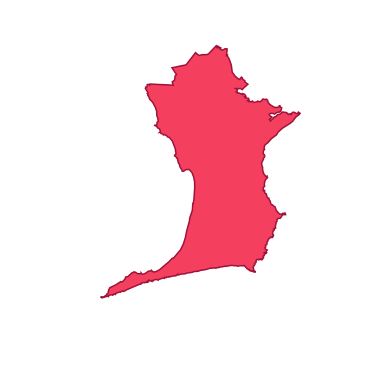 Mornington Peninsula, Victoria, Australia, rotated 304°
{"feature_id": "25037944B38646980032426", "entity_name": "Mornington Peninsula", "entity_type": "district", "adm_level": 2, "iso_a3": "AUS", "parent_name": "Australia", "parent_adm1": "Victoria", "projection": "albers", "projection_center": [144.952, -38.333], "detail": "fine", "context": "isolated", "style": "filled", "palette": "rose", "viewbox_px": 384, "rotation_deg": 304, "n_neighbors": 0, "source": "geoboundaries", "source_scale": "gbopen_adm2", "svg_char_len": 6091}
<svg xmlns="http://www.w3.org/2000/svg" viewBox="0 0 384 384"><g transform="rotate(304 192 192)"><path d="M309.5,117.0L294.1,116.0L283.8,105.9L280.7,113.4L278.8,113.1L275.0,115.0L272.2,114.0L270.0,116.6L258.0,96.8L257.2,97.2L257.0,96.0L256.1,94.8L254.1,95.9L253.0,94.9L252.4,95.5L251.7,95.5L249.8,99.8L249.0,100.3L248.7,100.0L248.5,100.7L247.2,101.4L247.2,102.4L245.2,105.1L244.7,107.9L244.0,110.0L241.2,115.1L240.6,115.5L239.6,117.2L235.7,120.1L233.9,122.6L232.0,124.2L230.9,124.5L230.3,124.0L229.1,124.9L227.7,125.1L227.1,124.9L226.8,123.7L227.0,123.5L226.3,123.8L226.8,126.3L226.0,127.2L226.0,130.1L224.7,131.7L223.9,132.0L223.2,131.8L223.7,132.5L223.2,133.5L223.7,135.4L223.3,136.3L224.1,136.7L224.1,137.6L224.6,139.0L224.0,141.1L224.5,142.4L224.4,143.4L223.2,147.3L218.6,153.8L215.3,156.9L214.5,157.5L213.0,157.0L212.2,157.4L212.1,159.8L211.6,160.3L211.5,161.2L208.6,164.3L207.6,166.5L206.7,167.2L205.7,168.8L204.5,171.6L203.8,172.1L204.3,173.3L207.2,174.5L209.1,177.1L208.1,181.0L205.5,184.8L202.2,188.2L197.3,191.7L186.8,197.8L183.5,199.3L183.1,199.0L176.8,202.6L169.1,204.7L166.5,206.1L156.7,209.4L151.1,211.8L144.1,213.9L137.7,214.8L128.1,213.8L126.6,213.4L126.1,212.7L121.3,211.9L109.6,208.6L106.0,206.8L104.4,205.2L104.0,203.7L104.5,202.1L102.8,201.4L102.2,200.2L98.6,198.9L96.5,197.4L95.9,196.4L96.5,195.0L96.1,195.2L94.9,194.3L93.8,192.5L93.9,190.0L93.4,189.6L93.4,188.5L92.0,188.1L91.2,187.3L86.2,186.2L84.3,184.5L82.8,185.2L79.1,184.6L78.1,183.9L78.0,183.1L72.1,180.6L66.8,177.4L64.1,177.7L60.9,179.1L60.1,178.5L58.6,178.6L55.5,177.4L54.4,175.3L53.8,175.4L53.8,176.0L54.0,176.7L58.5,180.3L58.6,181.2L59.4,180.8L60.3,181.3L62.0,183.0L62.1,183.9L62.6,183.8L63.1,184.4L63.7,184.2L64.2,185.0L64.3,185.8L65.8,185.7L68.6,188.0L68.9,188.7L70.4,189.1L71.4,191.0L71.9,190.8L72.8,191.9L73.7,192.1L80.2,196.2L86.1,200.1L87.1,201.2L88.3,200.9L88.7,201.7L89.6,202.1L90.3,203.6L92.1,204.5L91.8,205.1L92.3,205.7L93.1,205.0L93.7,205.3L93.6,205.7L94.7,205.4L95.0,205.8L94.5,206.3L94.8,207.1L95.6,207.8L95.5,208.8L96.2,208.7L96.6,209.5L97.1,209.2L99.5,211.2L100.0,213.3L101.1,213.5L103.0,215.0L104.5,216.2L104.9,217.3L106.2,217.0L106.6,218.1L106.4,218.4L108.2,219.4L108.4,220.3L109.3,220.6L109.3,221.1L112.5,223.9L112.7,224.8L113.3,224.9L114.1,225.9L115.8,226.1L115.3,226.6L116.0,227.6L117.1,228.0L120.6,232.3L122.0,233.1L125.2,236.8L127.3,238.3L129.7,241.4L131.7,242.8L135.1,246.5L138.6,249.4L141.9,253.4L142.2,254.4L144.2,255.9L144.4,256.6L146.1,257.8L146.8,258.9L148.6,260.4L149.2,261.6L152.5,264.9L153.7,266.5L154.6,268.5L155.4,269.3L155.9,271.1L158.2,273.6L159.5,275.9L160.3,276.4L159.6,278.8L159.6,279.9L159.2,280.3L159.3,282.0L159.6,282.2L159.7,283.0L159.2,283.3L159.5,283.7L159.1,284.4L159.5,284.8L159.7,285.8L160.4,286.1L160.4,287.0L160.1,287.1L160.6,288.8L161.0,289.2L161.4,289.0L161.4,288.4L162.1,288.6L161.3,288.1L161.2,287.5L164.0,284.7L167.1,284.7L167.6,284.0L169.3,284.5L170.0,283.8L170.9,283.9L171.4,283.4L173.0,284.0L173.3,284.5L173.1,285.4L175.2,286.5L175.1,287.3L174.6,287.5L174.8,287.9L177.4,288.1L177.6,287.4L179.0,286.9L179.3,287.4L180.6,287.2L181.0,286.6L182.7,287.9L183.3,287.9L183.5,287.5L182.8,286.2L183.9,286.8L186.0,286.8L185.7,284.6L186.7,283.6L187.4,283.9L188.1,283.6L188.4,283.0L189.5,282.7L190.2,283.4L193.1,282.0L193.9,282.3L194.8,281.8L196.8,281.9L197.0,282.3L198.5,282.4L198.8,283.5L199.7,283.6L199.6,284.1L201.0,284.0L201.1,283.5L201.9,283.6L202.5,282.1L204.5,281.1L205.9,281.4L206.7,280.4L207.3,280.6L207.3,281.1L208.0,280.8L208.8,281.5L210.0,280.4L214.5,278.6L215.4,278.8L216.5,277.9L218.2,278.2L219.6,279.9L223.6,279.9L225.1,281.1L225.1,281.6L225.5,281.5L225.7,282.1L226.6,281.2L226.5,280.7L225.6,280.2L225.0,279.1L224.2,279.0L223.3,278.2L222.9,277.1L222.9,275.4L223.6,273.6L223.6,272.5L226.1,269.2L226.0,267.2L226.4,265.8L226.0,265.0L226.4,263.8L228.2,261.9L228.6,260.6L229.9,259.0L229.3,258.2L229.5,257.5L232.0,254.6L231.8,253.5L232.3,252.5L233.2,251.8L232.9,251.7L232.9,251.4L233.1,251.7L233.8,251.4L233.7,250.6L234.4,249.1L235.6,248.7L237.5,249.0L238.7,247.7L241.6,246.4L243.6,246.1L246.1,246.6L247.2,245.3L246.3,245.1L246.2,244.4L247.4,241.0L249.7,238.3L252.0,236.7L252.9,235.3L255.1,233.4L259.3,232.9L260.0,232.4L262.2,232.5L263.4,231.1L263.4,230.1L264.2,229.1L266.5,228.1L267.9,228.4L268.3,227.5L270.3,226.5L272.2,226.3L275.5,227.4L280.7,228.0L286.5,230.1L289.7,229.9L295.5,231.3L303.6,234.9L306.8,235.9L312.2,236.2L316.3,237.6L317.7,237.6L317.7,235.5L317.2,235.6L317.0,236.6L315.8,236.5L316.9,236.1L315.3,234.6L315.4,232.9L314.8,231.3L314.0,230.7L311.8,230.9L311.5,230.5L312.0,230.0L311.8,229.6L310.1,228.6L310.1,228.0L310.7,227.4L310.5,225.4L308.9,222.3L305.6,221.3L303.9,219.7L301.5,219.3L299.9,218.1L298.3,218.2L294.8,217.3L295.2,216.9L295.2,215.7L298.8,216.4L298.8,214.1L299.3,212.7L300.5,212.7L302.2,214.5L302.7,216.8L305.9,218.2L307.0,219.7L308.8,220.4L312.0,219.3L311.9,217.7L312.7,216.6L312.2,216.1L311.6,216.6L310.6,216.2L308.8,214.0L308.2,212.4L308.1,207.3L309.0,204.9L310.3,203.4L310.6,201.8L309.2,200.4L308.8,198.8L306.2,198.5L305.0,197.9L304.3,196.9L304.2,195.7L302.8,195.2L301.4,193.8L300.8,192.8L301.2,191.2L299.9,190.7L299.5,190.0L299.5,188.9L298.9,188.5L299.1,188.4L298.9,187.2L298.6,186.9L298.4,186.2L299.1,187.5L300.0,188.0L301.3,186.6L300.0,183.9L300.0,182.7L300.3,182.3L301.0,183.3L301.5,183.3L302.4,181.1L302.0,179.9L301.3,180.0L301.7,179.8L301.4,179.6L302.0,179.4L301.8,178.6L300.9,178.7L300.3,175.3L299.4,174.2L300.3,173.3L299.0,172.3L300.5,173.2L302.1,172.3L302.5,171.2L302.2,170.6L302.2,170.3L302.7,170.9L302.8,172.3L303.7,172.8L304.9,174.3L305.0,176.5L307.3,176.7L312.6,178.1L312.8,174.2L313.8,173.6L313.9,170.6L314.9,169.9L314.8,168.7L312.1,168.6L311.7,166.9L312.1,163.2L313.8,158.4L319.1,153.7L320.4,152.1L323.5,147.7L324.6,144.9L325.5,144.9L325.5,144.1L325.0,144.0L330.2,141.2L330.1,140.4L329.3,139.8L329.2,139.2L327.2,138.3L326.4,137.3L326.2,135.1L327.5,135.4L327.4,134.1L326.8,132.9L327.4,132.8L327.4,131.9L326.1,131.9L325.7,132.4L325.6,132.1L326.1,131.3L326.7,131.4L326.9,130.3L315.9,128.5L314.3,127.6L311.4,123.5L309.3,121.7L309.1,119.7L309.5,117.0Z" fill="#f43f5e" stroke="#9f1239" stroke-width="1.5"/></g></svg>